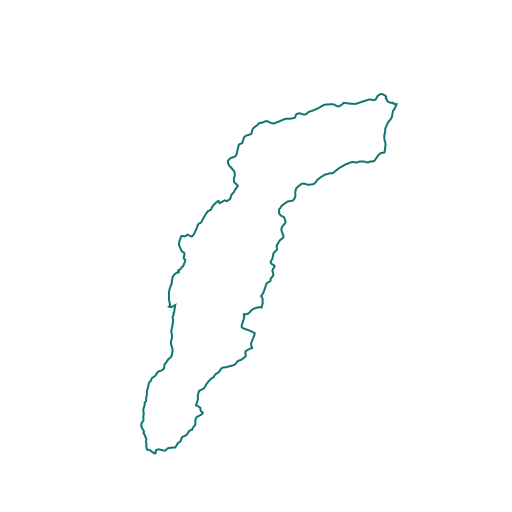 Prigor, Caras-Severin, Romania, rotated 53°
{"feature_id": "2599482B98874847530715", "entity_name": "Prigor", "entity_type": "district", "adm_level": 2, "iso_a3": "ROU", "parent_name": "Romania", "parent_adm1": "Caras-Severin", "projection": "orthographic", "projection_center": [22.122, 44.996], "detail": "fine", "context": "isolated", "style": "outline", "palette": "teal", "viewbox_px": 512, "rotation_deg": 53, "n_neighbors": 0, "source": "geoboundaries", "source_scale": "gbopen_adm2", "svg_char_len": 6108}
<svg xmlns="http://www.w3.org/2000/svg" viewBox="0 0 512 512"><g transform="rotate(53 256 256)"><path d="M360.2,436.1L359.8,434.1L358.6,431.6L358.4,430.4L358.6,429.1L358.5,427.8L357.8,426.6L356.9,425.6L356.2,423.8L357.0,420.4L357.1,419.0L355.6,414.7L355.7,413.0L356.3,411.4L355.2,409.9L354.4,406.4L353.4,405.2L351.0,403.7L349.6,401.8L348.9,400.4L349.6,396.5L349.8,394.5L349.7,393.5L348.9,392.8L347.2,393.3L346.1,393.3L343.8,391.9L342.0,392.4L339.1,393.7L338.7,393.4L337.8,391.7L335.5,388.7L334.9,388.1L332.8,386.9L329.6,382.9L329.6,381.4L330.1,379.3L330.4,377.3L329.5,374.8L328.4,372.5L327.5,369.0L326.9,365.2L327.0,364.0L327.4,363.0L327.3,362.5L326.5,361.2L326.1,359.8L326.4,355.5L325.2,352.2L325.0,350.5L325.4,349.1L327.2,346.3L327.6,344.7L329.6,340.0L329.9,338.5L329.9,337.5L329.4,335.5L328.9,334.5L329.2,332.7L329.7,331.2L330.0,329.7L330.1,326.5L329.9,325.2L329.5,324.1L328.5,323.5L326.8,322.8L325.9,321.8L325.8,320.7L326.4,316.7L327.1,314.4L324.9,313.8L323.0,312.7L320.8,309.3L318.8,305.7L317.4,303.9L316.6,303.5L312.3,305.7L306.5,309.4L305.2,310.1L304.4,310.2L303.8,310.1L302.1,308.2L298.5,303.1L297.6,302.1L295.2,300.8L296.3,299.5L297.3,296.8L297.2,295.3L296.5,291.9L297.0,288.4L298.8,284.3L299.6,283.3L300.5,282.5L299.4,281.3L297.6,278.8L296.1,278.2L295.1,277.1L294.2,276.5L291.9,276.0L291.1,276.1L290.0,272.8L289.3,271.5L284.2,263.9L284.3,262.0L284.7,260.0L284.5,259.2L282.8,257.8L282.5,256.7L282.5,255.5L282.0,254.1L281.1,253.1L278.0,252.0L277.5,251.6L276.7,250.3L275.9,248.3L275.4,247.3L274.3,247.2L272.6,248.0L271.0,248.4L270.2,248.3L269.4,247.6L267.7,244.1L264.3,240.4L263.9,238.3L263.8,236.2L263.1,235.0L260.6,233.7L260.1,233.1L258.3,228.9L257.8,227.2L257.8,224.1L257.6,223.1L256.9,222.2L250.5,220.1L249.3,219.0L248.3,217.4L247.9,216.0L247.6,213.9L246.9,212.2L245.5,211.4L242.9,210.5L241.7,210.3L238.8,211.8L236.0,211.9L235.1,211.4L234.5,210.7L233.0,209.9L232.5,209.3L232.4,207.9L231.5,205.6L231.3,204.7L231.4,199.2L231.5,197.9L233.8,193.5L233.7,192.2L233.3,190.7L232.0,188.7L231.0,187.8L228.3,186.1L227.6,184.8L226.9,184.3L226.2,183.3L225.8,179.2L225.8,176.5L226.3,175.1L228.0,173.3L229.4,172.5L230.7,171.3L232.8,167.6L233.3,166.2L232.9,163.7L232.2,161.3L232.0,158.4L232.3,153.7L232.6,151.6L233.6,149.6L234.3,147.5L236.0,144.8L236.0,141.7L235.8,138.6L235.9,135.9L236.9,128.4L237.8,126.2L238.3,123.8L239.3,121.8L241.6,119.9L242.3,118.5L242.8,116.6L244.9,113.6L246.8,111.8L247.8,111.2L248.6,110.5L248.9,109.9L249.1,108.1L250.1,106.9L250.6,105.7L251.1,105.0L251.2,104.2L249.1,97.5L249.0,95.2L249.0,94.2L250.5,91.4L250.5,90.7L249.0,89.5L248.6,88.6L247.6,88.1L245.3,85.7L242.9,84.3L240.3,83.4L237.0,81.1L234.4,77.9L232.8,76.8L231.8,75.7L230.8,73.7L229.9,72.3L229.0,70.6L228.4,69.0L228.0,66.9L227.5,65.3L226.5,63.5L222.8,59.6L221.4,55.9L219.8,53.0L219.2,52.4L218.8,53.6L218.5,53.8L216.9,54.1L216.8,54.6L215.7,54.7L215.1,55.8L213.1,57.3L210.6,57.9L210.2,57.7L209.8,57.7L209.4,57.2L208.3,57.4L207.9,57.3L207.1,56.1L205.8,56.3L203.2,57.4L201.7,58.8L201.3,61.8L201.3,62.6L201.8,63.2L203.0,66.3L202.4,68.2L202.0,68.6L201.3,69.1L199.1,71.4L194.4,85.1L190.3,89.9L186.4,93.7L186.8,96.4L186.6,97.0L186.7,98.9L185.9,100.5L184.7,101.3L182.2,102.3L180.4,104.1L177.1,109.0L176.2,110.9L175.5,117.1L174.7,120.2L174.0,123.3L173.2,125.4L172.6,127.6L172.6,128.7L173.0,130.2L172.7,131.5L171.3,133.2L168.1,135.4L167.0,138.3L167.4,139.4L168.6,141.0L168.9,142.3L166.7,146.4L164.1,149.9L161.3,161.0L160.6,162.3L159.7,163.3L158.0,164.4L155.9,165.4L154.8,166.2L154.1,167.3L153.2,170.8L151.8,173.4L152.3,176.7L152.2,178.9L152.3,181.3L153.1,183.1L155.3,185.7L155.6,186.4L155.5,187.1L153.9,191.7L153.9,192.8L154.3,194.5L154.9,195.5L157.5,198.9L157.4,199.9L156.8,201.6L156.9,202.9L162.5,209.7L163.5,211.1L163.8,212.2L163.9,213.3L162.6,216.8L162.5,218.9L163.3,221.3L165.2,222.6L168.3,223.1L169.9,222.6L170.4,222.8L171.5,222.5L172.2,222.5L172.9,222.8L174.3,222.3L176.3,222.7L179.2,224.7L180.2,226.3L181.5,227.6L183.4,228.8L184.3,229.1L185.3,228.7L189.0,228.2L190.6,233.0L191.8,235.6L191.9,236.9L192.2,238.1L192.9,239.6L194.2,241.2L194.8,242.5L194.9,245.2L194.4,246.4L192.6,247.6L192.2,251.7L191.8,253.3L190.6,253.2L189.6,252.8L189.2,253.5L189.4,257.1L190.0,260.2L191.0,262.7L191.7,263.5L191.9,264.8L191.3,267.0L191.3,267.9L192.8,272.0L194.8,276.8L195.9,278.9L196.2,280.3L195.8,281.8L195.8,282.7L196.2,283.8L197.9,286.2L200.9,291.7L201.5,293.3L201.8,295.0L201.8,295.6L200.3,296.6L197.8,297.8L197.6,300.3L197.4,301.1L195.2,303.5L195.3,304.2L196.0,305.0L198.1,308.4L199.3,309.4L200.1,310.4L201.0,310.9L206.9,312.4L208.1,312.3L209.7,311.6L210.5,311.5L211.2,311.8L213.9,314.8L214.7,315.2L216.2,314.8L217.2,315.3L220.4,320.5L220.2,321.4L220.4,322.6L221.1,324.1L221.0,325.0L220.7,325.9L220.7,326.9L222.4,327.1L222.5,327.8L222.4,328.1L221.7,329.0L221.6,332.1L221.9,333.3L222.8,335.5L225.4,338.3L226.8,339.4L230.7,345.3L232.9,347.6L238.1,351.5L241.8,353.4L243.3,353.9L243.9,354.7L244.0,356.0L244.9,355.5L245.6,354.8L246.0,353.9L246.6,350.2L247.2,351.1L248.5,351.8L249.6,353.3L251.7,355.2L251.7,355.7L252.0,356.3L252.7,356.6L253.7,357.5L254.2,358.8L254.9,359.6L256.7,360.3L256.9,360.8L257.3,361.1L257.9,361.1L262.2,365.6L264.6,368.6L270.0,371.6L270.9,372.3L272.0,374.1L273.5,375.7L276.1,377.3L279.0,378.2L281.3,379.5L284.5,382.7L285.4,384.6L285.7,386.3L285.6,388.0L286.4,389.9L287.6,394.2L288.3,395.2L290.1,396.7L290.5,397.4L290.7,399.9L289.5,403.4L289.5,404.3L289.8,405.3L290.5,406.9L291.1,408.7L290.9,412.2L291.0,413.0L292.3,414.8L292.6,417.0L293.0,417.9L298.4,424.5L299.7,425.7L301.1,426.6L303.2,429.2L304.6,430.1L305.8,431.2L306.0,433.0L308.2,434.9L310.8,438.5L314.5,440.6L316.9,443.1L318.2,443.7L319.3,444.7L319.7,445.0L320.0,446.4L320.9,448.3L321.7,449.1L323.3,450.3L324.1,450.3L325.8,450.8L327.6,450.7L328.7,451.2L329.5,451.9L330.0,452.6L331.0,452.4L334.3,453.3L335.4,453.3L337.7,455.1L338.0,455.7L339.8,456.4L340.8,457.1L342.1,458.3L344.9,459.6L345.6,459.1L346.3,458.1L347.4,457.6L352.6,456.0L352.9,455.3L352.9,454.5L351.8,454.0L351.1,453.1L351.0,452.9L351.1,451.6L351.9,450.0L353.4,448.7L354.7,447.9L356.6,446.0L356.8,445.2L356.4,442.5L356.9,441.2L359.0,437.5L360.2,436.1Z" fill="none" stroke="#0f766e" stroke-width="2"/></g></svg>